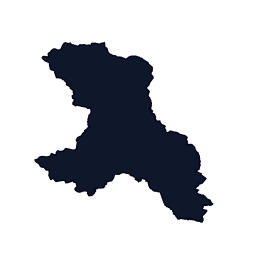 outline of Doi Saket, Chiang Mai, Thailand, rotated 282°
{"feature_id": "78962969B32024280119192", "entity_name": "Doi Saket", "entity_type": "district", "adm_level": 2, "iso_a3": "THA", "parent_name": "Thailand", "parent_adm1": "Chiang Mai", "projection": "equal_earth", "projection_center": [99.166, 18.932], "detail": "fine", "context": "isolated", "style": "filled", "palette": "ink", "viewbox_px": 256, "rotation_deg": 282, "n_neighbors": 0, "source": "geoboundaries", "source_scale": "gbopen_adm2", "svg_char_len": 5726}
<svg xmlns="http://www.w3.org/2000/svg" viewBox="0 0 256 256"><g transform="rotate(282 128 128)"><path d="M206.5,87.0L205.5,85.7L205.5,85.0L205.1,84.0L204.5,83.9L204.0,82.8L203.8,81.9L204.1,81.2L203.9,79.2L204.1,78.4L203.6,77.2L203.6,76.0L203.2,75.8L202.9,74.9L201.0,74.8L201.0,73.9L200.8,73.2L201.0,72.5L200.4,71.4L200.1,70.0L200.3,67.8L199.4,65.0L199.4,63.8L197.3,61.9L197.7,59.1L197.5,57.9L197.9,57.1L197.6,56.0L198.0,54.9L199.0,53.9L198.3,52.7L197.9,51.4L198.4,49.1L197.2,47.7L194.1,46.7L191.7,46.3L190.2,45.4L189.5,43.1L190.1,40.2L189.8,38.9L187.8,37.0L185.9,36.3L184.8,34.9L183.7,34.6L181.8,35.5L180.8,35.1L180.4,30.6L180.1,30.1L179.1,29.5L178.0,30.5L176.6,32.9L175.8,36.7L175.1,38.0L173.0,38.3L170.5,39.6L169.6,39.8L169.0,41.4L169.0,42.8L168.6,44.4L168.1,44.8L166.8,44.9L166.2,45.6L165.3,45.9L162.5,47.6L163.0,50.8L162.8,51.6L163.1,52.8L161.9,53.9L161.9,55.9L160.8,56.6L160.0,58.2L158.9,58.8L157.9,58.8L157.3,59.4L157.2,60.7L156.3,62.8L154.9,63.5L153.3,67.1L151.8,67.0L149.3,68.4L147.9,66.9L147.6,66.9L145.6,67.8L145.4,69.3L144.6,69.6L142.8,69.8L141.8,69.1L140.0,69.1L138.9,72.1L140.1,73.9L139.7,75.2L139.9,76.5L139.6,78.0L139.8,79.3L139.7,81.0L139.9,82.6L138.9,84.5L139.6,87.0L138.8,87.7L136.1,88.8L133.6,88.4L132.5,87.3L131.1,87.3L130.2,87.7L129.5,87.2L128.0,87.2L126.8,87.7L125.8,87.2L124.7,88.0L123.5,88.0L122.1,88.7L121.3,90.4L121.0,90.6L120.4,89.2L117.5,87.4L116.5,86.2L114.9,86.4L113.2,84.9L110.6,84.1L108.1,80.8L105.4,80.0L103.6,81.6L98.6,81.7L97.7,82.6L94.8,79.9L95.0,71.6L94.6,71.1L93.1,70.4L91.7,68.9L90.9,66.7L90.8,65.7L91.1,64.1L89.5,63.1L86.9,63.3L86.4,61.2L87.1,58.8L86.7,58.4L84.7,58.1L83.5,56.6L83.0,55.1L82.4,54.1L82.5,52.9L82.3,50.2L81.2,47.7L80.8,47.2L79.3,47.0L77.4,43.8L76.7,44.2L75.6,45.6L74.8,48.2L72.3,50.4L71.9,52.0L72.2,53.4L72.0,54.4L70.3,56.2L70.0,57.0L70.4,59.0L70.2,59.5L67.5,60.5L65.3,60.5L61.7,63.1L61.9,63.7L63.1,64.7L63.3,65.3L61.1,68.0L60.8,68.8L63.4,75.1L63.6,76.8L62.6,78.0L61.6,78.5L62.1,80.5L65.2,85.4L63.8,86.2L64.1,87.6L63.8,88.5L60.7,90.3L59.7,90.2L58.0,89.0L57.2,88.9L56.4,89.4L55.4,91.5L55.2,93.0L55.3,93.9L55.9,95.3L57.1,97.0L57.5,97.9L57.9,100.9L57.7,101.5L57.0,102.1L55.4,102.2L54.5,103.4L53.8,103.6L53.8,104.2L54.1,105.5L54.5,106.3L55.4,107.3L57.6,108.7L58.5,108.6L59.5,109.3L61.8,108.3L62.1,110.1L63.5,111.4L63.6,113.4L64.8,116.6L65.5,116.6L66.2,117.1L67.2,116.6L68.7,118.5L70.5,118.0L72.4,121.0L72.9,122.6L73.6,123.2L76.4,124.2L79.5,124.4L80.4,125.5L80.9,128.8L82.7,130.8L83.5,132.4L83.7,133.8L83.4,135.8L83.7,137.5L83.4,139.3L83.1,139.9L82.5,140.1L82.1,141.1L82.5,142.1L82.3,143.1L81.7,143.3L81.7,144.2L81.0,145.3L80.9,145.9L79.4,145.9L78.9,147.1L79.3,148.2L78.5,148.6L77.9,149.4L78.5,149.5L78.6,150.7L79.0,151.4L80.1,151.8L80.6,151.1L81.9,151.2L81.9,152.3L81.6,153.6L81.8,154.7L81.6,154.9L81.3,156.3L79.8,156.7L80.3,158.0L80.1,159.0L79.2,158.9L78.0,159.7L76.0,160.5L73.6,162.5L73.6,163.6L72.0,166.0L71.9,167.8L72.3,169.0L72.0,170.5L72.3,172.8L62.9,178.5L60.2,180.6L60.1,181.8L59.4,182.0L59.2,183.0L59.5,183.6L58.9,184.2L58.9,185.1L58.2,186.3L57.4,186.9L57.4,188.3L57.0,189.3L55.7,189.2L54.7,190.6L53.6,190.4L52.9,192.4L52.0,193.4L51.6,193.4L50.7,194.7L50.7,195.0L50.0,195.1L49.6,195.7L49.5,196.8L50.2,197.6L50.7,197.6L50.8,203.2L51.8,204.0L51.2,204.7L51.4,205.0L50.9,205.4L50.9,206.1L51.7,206.8L51.6,208.1L52.2,208.7L51.9,208.9L51.8,210.2L52.1,210.8L51.9,211.5L52.3,212.5L52.0,212.6L51.6,213.4L51.5,215.7L51.7,216.0L51.5,216.5L51.9,217.1L51.3,218.9L51.5,220.0L52.9,220.1L53.1,220.4L53.4,220.1L54.7,220.2L56.5,218.9L57.1,218.9L57.2,218.6L60.6,221.0L63.0,222.1L63.3,221.7L63.6,221.9L63.7,221.7L63.6,220.3L63.8,217.7L65.1,217.4L66.1,217.8L67.8,217.8L68.6,219.3L68.4,219.9L68.9,220.7L68.8,221.3L69.5,221.7L69.7,222.1L69.8,223.0L69.4,223.7L69.8,224.5L69.8,225.1L70.4,225.9L71.3,226.5L72.8,223.7L73.4,224.1L74.4,223.2L74.8,220.0L75.5,219.6L76.6,217.6L77.2,217.3L77.2,216.3L77.9,215.7L77.5,213.7L77.9,212.2L77.7,211.4L78.4,209.6L78.8,208.9L79.6,208.6L81.8,209.6L82.0,207.3L82.5,205.8L85.1,207.5L86.1,208.6L87.9,209.2L88.6,210.0L88.5,210.4L88.7,210.7L89.9,211.6L89.7,212.1L94.7,214.7L96.0,212.2L97.2,209.1L97.7,208.7L98.4,209.1L98.8,206.5L99.4,204.6L99.5,203.1L100.4,203.6L100.3,204.2L101.4,204.6L101.5,205.0L102.8,206.1L103.2,205.7L106.9,206.2L107.4,205.3L108.4,205.5L108.9,205.1L110.1,205.6L112.5,204.0L112.9,204.3L113.1,204.1L115.7,203.3L117.0,202.0L117.9,202.0L119.3,199.4L120.5,198.6L120.6,197.9L122.7,197.3L124.9,194.1L125.0,193.5L124.0,189.0L124.1,188.6L124.7,188.5L125.7,189.2L127.4,188.5L127.4,188.2L127.7,188.3L129.3,187.0L130.0,187.6L130.7,187.2L130.9,187.4L131.1,186.8L131.4,187.1L132.3,185.2L132.4,179.8L133.1,178.7L133.7,176.7L133.5,173.2L133.8,170.2L133.6,169.8L132.8,169.3L131.8,168.1L131.5,167.1L131.5,166.3L134.0,165.0L135.6,163.3L137.1,163.9L137.6,163.7L138.3,159.8L138.9,159.5L140.2,158.0L141.3,157.7L141.3,156.8L140.7,156.4L140.5,155.7L141.4,153.5L142.1,153.3L143.0,152.4L144.2,152.7L145.9,151.4L146.9,151.1L147.3,148.7L147.6,148.1L149.7,148.4L150.2,146.5L151.1,146.6L151.2,145.4L151.5,145.0L152.0,145.6L153.1,146.0L154.9,146.0L155.3,145.1L156.0,145.7L156.5,145.7L157.5,145.5L158.3,144.7L159.3,144.7L159.7,144.0L160.4,143.8L161.9,142.8L162.5,141.8L164.1,140.6L168.2,141.1L170.3,137.9L171.8,137.4L172.1,137.5L172.5,138.2L174.7,139.4L177.3,139.8L182.3,142.1L183.5,141.5L185.4,139.0L187.8,139.1L188.7,139.7L192.4,139.0L194.6,134.9L196.0,133.9L197.4,130.3L197.5,129.0L198.6,127.7L199.0,126.6L198.6,125.7L199.4,124.6L199.5,121.8L199.8,120.8L198.9,116.7L198.4,115.6L197.4,114.1L196.1,113.1L194.5,111.3L195.2,109.9L195.2,108.7L195.7,106.6L195.5,104.5L195.0,103.0L195.9,100.7L195.6,97.6L196.1,96.9L196.4,94.9L197.8,92.7L201.3,90.9L201.7,90.3L201.9,89.1L202.4,88.6L203.6,87.9L205.5,87.6L206.5,87.0Z" fill="#0f172a" stroke="#020617" stroke-width="1.5"/></g></svg>